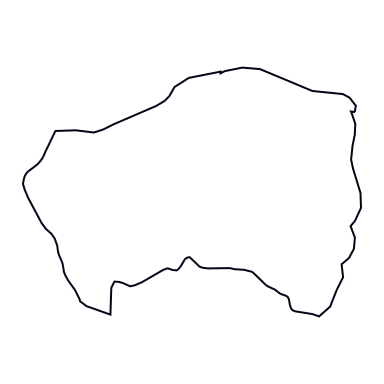 outline of Cabañas
{"feature_id": "SLV-1344", "entity_name": "Cabañas", "entity_type": "Department", "adm_level": 1, "iso_a3": "SLV", "parent_name": "El Salvador", "parent_adm1": "", "projection": "equal_earth", "projection_center": [-88.722, 13.882], "detail": "fine", "context": "isolated", "style": "outline", "palette": "ink", "viewbox_px": 384, "rotation_deg": 0, "n_neighbors": 0, "source": "natural_earth", "source_scale": "10m", "svg_char_len": 1474}
<svg xmlns="http://www.w3.org/2000/svg" viewBox="0 0 384 384"><path d="M220.7,71.6L220.6,73.3L224.8,71.1L242.4,67.6L260.0,69.1L312.4,91.0L342.9,94.1L349.6,97.7L355.8,105.7L355.3,108.6L355.0,110.9L354.6,111.4L354.1,112.0L353.9,112.0L351.0,111.5L351.8,113.6L355.3,123.8L354.8,134.6L352.5,146.0L351.1,159.7L353.0,168.5L360.5,193.0L361.0,207.9L354.9,221.0L353.6,222.5L350.6,226.1L354.9,237.7L353.9,248.8L349.0,258.0L341.6,264.3L343.1,277.2L336.6,290.2L330.3,306.2L330.3,306.5L319.1,316.4L312.6,314.1L295.1,311.3L292.6,310.2L291.2,308.6L290.4,306.6L289.8,304.3L288.9,299.3L287.9,297.2L286.0,295.8L281.2,294.1L279.5,293.2L274.9,289.6L267.5,286.2L265.9,285.0L253.2,272.7L251.6,271.7L244.0,269.8L234.5,269.2L229.9,268.1L207.8,268.4L202.9,267.8L199.6,266.7L189.7,257.2L187.4,257.5L184.9,259.2L181.4,265.2L179.2,268.3L176.8,270.4L172.7,270.0L167.7,268.3L163.2,269.9L141.6,282.4L135.0,285.2L130.2,286.3L123.0,283.1L119.0,281.9L114.5,281.6L112.6,285.1L111.3,287.9L110.4,314.6L86.4,306.1L80.2,301.4L79.5,299.0L75.1,290.2L68.4,280.8L65.5,275.8L63.9,271.7L63.0,265.7L62.1,262.1L58.6,254.1L57.8,250.2L57.3,246.0L54.8,238.7L51.4,233.8L45.8,228.8L41.5,222.9L28.1,197.8L24.8,189.9L23.0,184.0L23.4,181.2L24.0,178.6L24.6,176.4L25.7,174.4L26.8,172.8L28.2,171.4L37.4,164.4L40.0,161.5L42.4,158.3L44.4,154.2L45.2,152.1L55.4,131.0L75.8,130.3L94.0,132.5L103.4,129.4L113.8,124.2L156.3,105.9L164.6,100.9L169.3,96.2L174.5,87.0L188.8,77.9L220.7,71.6Z" fill="none" stroke="#020617" stroke-width="2"/></svg>